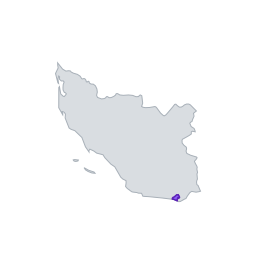 El Paraiso, Copán, Honduras shown in context, rotated 228°
{"feature_id": "27666195B24019943465841", "entity_name": "El Paraiso", "entity_type": "district", "adm_level": 2, "iso_a3": "HND", "parent_name": "Honduras", "parent_adm1": "Copán", "projection": "robinson", "projection_center": [-89.052, 15.058], "detail": "fine", "context": "in_parent", "style": "filled", "palette": "violet", "viewbox_px": 256, "rotation_deg": 228, "n_neighbors": 0, "source": "geoboundaries", "source_scale": "gbopen_adm2", "svg_char_len": 3177}
<svg xmlns="http://www.w3.org/2000/svg" viewBox="0 0 256 256"><g transform="rotate(228 128 128)"><path d="M223.5,119.3L215.6,118.8L211.9,119.9L210.2,122.3L208.8,123.4L207.7,123.2L205.3,124.1L201.7,126.3L198.5,127.1L195.6,126.6L194.8,127.1L194.5,127.9L194.1,128.5L193.0,128.9L191.7,128.7L190.3,128.0L189.5,128.3L189.4,129.7L188.7,130.1L187.2,129.4L185.5,129.9L183.7,131.6L181.1,132.0L177.8,131.0L175.2,129.2L173.3,126.5L171.1,125.8L167.3,127.8L165.7,130.1L165.4,131.6L165.7,132.9L165.0,133.8L163.2,134.2L161.9,135.8L161.0,138.6L160.8,140.7L161.4,142.2L160.5,143.3L158.1,144.0L155.4,146.4L152.2,150.5L149.1,153.3L145.9,154.9L144.4,156.7L144.5,158.7L144.3,159.3L143.7,159.5L142.7,159.8L136.6,155.5L134.9,152.5L133.4,153.0L131.5,154.5L128.8,157.8L125.9,162.4L124.5,162.9L117.3,162.2L113.5,162.6L112.7,163.2L112.4,164.9L112.6,167.1L113.7,175.2L114.3,178.5L113.7,179.5L111.7,179.6L109.2,180.1L107.9,181.6L107.5,183.2L107.4,185.4L106.6,187.6L105.1,189.2L103.5,189.8L94.9,190.2L95.1,186.5L92.6,185.0L91.2,181.9L90.0,179.8L90.4,178.6L90.2,177.1L86.8,175.9L83.5,176.8L81.6,176.2L80.2,175.4L82.6,173.6L82.8,172.5L82.0,171.7L81.2,171.1L81.4,169.1L81.9,166.6L83.2,160.9L82.7,159.9L80.6,158.2L77.8,158.0L74.7,158.5L73.3,157.6L72.0,155.7L69.8,154.7L65.9,156.3L61.9,158.7L60.6,159.5L59.6,159.4L59.1,157.6L58.9,155.5L58.7,155.0L56.5,154.3L53.9,153.7L52.6,153.2L51.4,151.7L48.4,149.9L47.7,148.5L43.6,145.4L42.8,143.8L41.9,142.7L39.9,141.3L38.4,141.6L33.2,139.8L32.5,139.6L33.2,138.1L34.8,135.6L38.3,132.9L38.6,130.7L37.7,126.5L36.8,123.8L37.3,122.6L38.4,117.7L39.2,116.5L44.4,114.1L44.8,113.7L48.9,110.2L53.3,106.4L58.0,102.1L63.2,97.4L66.0,94.6L67.4,93.4L70.4,94.4L72.7,92.1L74.1,91.4L77.2,88.7L78.2,88.1L83.5,87.0L86.1,87.0L88.4,89.8L90.2,91.3L93.5,90.0L96.3,89.7L108.0,92.2L112.6,91.1L121.1,90.9L124.9,91.5L130.3,87.9L133.8,87.2L137.8,85.5L137.3,83.8L136.3,83.0L142.5,83.8L151.8,87.4L161.6,86.7L165.1,84.8L167.4,84.2L177.5,88.0L180.2,90.8L182.3,91.1L183.9,90.5L184.3,89.9L182.3,89.2L181.4,88.3L189.4,90.1L204.4,103.7L204.7,104.8L198.3,100.8L194.9,101.1L194.0,101.7L194.3,103.9L194.6,105.0L196.0,105.1L197.1,104.5L199.7,105.2L201.5,106.7L203.6,108.9L204.9,111.3L206.3,111.4L207.6,109.9L210.2,109.7L211.8,111.4L213.0,111.3L211.3,108.7L207.5,106.2L208.4,106.1L217.0,110.6L219.4,116.3L221.4,117.6L223.5,119.3ZM122.9,70.5L118.0,73.3L116.4,73.2L118.7,71.1L122.3,69.3L125.4,68.4L127.9,68.8L122.9,70.5ZM139.8,67.6L137.4,69.7L137.0,68.7L138.1,66.8L139.5,65.8L140.9,65.9L140.6,66.7L139.8,67.6Z" fill="#d9dde1" stroke="#a8b0b8" stroke-width="1"/><path d="M42.2,120.1L43.6,120.5L43.8,120.5L43.9,120.4L44.0,120.4L44.1,120.5L44.3,120.5L44.8,120.7L45.6,119.6L45.7,119.3L45.8,119.3L45.8,119.2L45.8,118.1L45.9,116.1L46.2,115.3L46.3,114.9L46.2,114.8L46.1,114.7L46.2,114.4L46.2,114.2L46.0,113.9L45.9,113.9L45.9,113.7L45.7,113.5L45.6,113.4L45.4,113.4L44.5,114.2L44.4,114.3L43.6,114.6L41.0,115.8L41.1,116.0L41.3,116.2L41.2,116.2L41.3,116.2L41.4,116.3L41.9,116.4L42.2,117.6L42.7,118.3L42.4,118.4L42.4,118.5L42.2,118.5L41.9,118.6L41.8,118.8L41.8,119.0L41.9,119.3L42.0,119.3L41.9,119.4L41.9,119.5L42.0,119.5L42.1,119.8L42.2,120.0L42.3,120.1L42.2,120.1Z" fill="#8b5cf6" stroke="#5b21b6" stroke-width="1.5"/></g></svg>